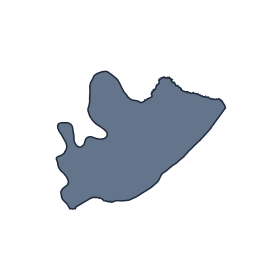 Tumana, Upper River, Gambia (Mercator projection), rotated 327°
{"feature_id": "56634734B54781332377439", "entity_name": "Tumana", "entity_type": "district", "adm_level": 2, "iso_a3": "GMB", "parent_name": "Gambia", "parent_adm1": "Upper River", "projection": "mercator", "projection_center": [-14.08, 13.369], "detail": "fine", "context": "isolated", "style": "filled", "palette": "slate", "viewbox_px": 256, "rotation_deg": 327, "n_neighbors": 0, "source": "geoboundaries", "source_scale": "gbopen_adm2", "svg_char_len": 5496}
<svg xmlns="http://www.w3.org/2000/svg" viewBox="0 0 256 256"><g transform="rotate(327 128 128)"><path d="M97.3,190.2L103.2,190.3L103.5,190.3L114.9,190.5L116.2,190.3L120.5,189.7L124.3,189.1L130.3,185.5L130.7,185.3L132.9,184.8L135.8,184.8L136.1,184.8L137.0,184.7L138.0,184.6L139.8,184.3L140.4,184.3L141.8,184.1L142.4,184.1L145.1,183.7L148.4,183.8L150.6,183.6L152.4,183.2L157.9,182.6L158.3,182.5L159.2,182.5L160.0,182.1L167.7,180.1L169.0,180.0L173.2,179.0L173.9,178.9L178.9,177.9L180.7,177.6L181.5,177.6L183.8,176.9L186.5,176.3L187.9,175.9L193.8,174.3L197.1,173.4L197.0,173.2L197.4,173.1L201.9,171.4L204.4,170.4L216.8,165.7L220.7,164.2L220.7,163.8L220.8,163.1L221.4,162.3L221.4,160.6L221.4,159.3L221.4,157.5L221.7,157.0L221.1,156.4L220.8,155.6L221.2,155.4L221.0,154.6L220.5,153.8L220.3,153.5L220.2,153.4L220.1,153.2L219.8,152.8L219.1,153.0L218.7,152.8L217.7,151.8L216.8,151.7L215.4,150.1L214.6,150.1L213.8,148.6L212.9,148.2L212.0,145.6L211.1,145.5L210.2,144.3L210.3,143.7L208.8,143.6L208.1,142.6L207.8,141.6L206.6,140.8L206.6,139.8L205.7,139.3L205.4,137.7L204.6,137.1L203.4,135.8L202.7,135.5L202.3,134.9L202.0,134.2L202.0,133.8L200.8,133.8L200.0,133.5L199.5,133.1L199.5,132.6L198.7,132.1L198.5,131.7L198.2,131.3L198.1,131.2L197.9,131.1L197.9,130.7L197.9,130.4L197.9,130.2L197.5,129.9L197.2,130.2L196.9,130.2L196.7,129.9L196.4,129.2L195.8,128.8L194.2,126.8L193.9,125.6L193.3,124.8L194.0,124.0L193.8,123.3L193.6,122.5L193.1,122.0L193.1,121.2L192.8,120.8L192.8,119.4L192.0,119.0L191.5,118.8L191.1,118.2L191.2,117.3L191.6,116.6L191.6,115.0L191.4,114.5L190.7,114.6L190.4,114.6L190.3,114.3L190.0,111.7L191.4,111.6L191.1,110.9L190.8,110.5L190.4,110.2L190.7,109.7L190.1,109.1L190.3,108.6L190.3,108.2L189.6,108.5L189.3,108.3L189.0,108.1L189.0,107.9L189.0,107.2L187.5,107.4L187.3,106.9L187.1,106.7L187.1,106.2L186.5,106.2L186.2,105.2L185.7,105.2L185.6,104.7L184.6,104.8L184.2,104.3L183.2,104.1L183.2,104.6L182.5,104.6L181.5,104.7L181.0,104.1L180.3,105.0L179.8,104.8L179.8,105.7L179.0,106.5L178.9,107.0L177.2,107.8L176.3,107.5L175.8,107.6L175.0,107.7L174.8,108.6L174.1,108.6L173.5,109.3L172.5,109.9L171.0,110.6L171.0,110.1L170.6,110.0L170.2,109.7L168.9,110.9L168.2,110.7L167.8,110.7L167.5,111.6L166.8,111.5L165.9,112.5L165.8,113.2L165.8,114.0L165.3,114.7L162.9,114.7L161.5,114.3L160.8,114.3L160.2,114.0L159.4,114.3L159.1,114.6L158.1,114.3L157.9,114.2L157.7,114.0L157.7,114.3L157.2,114.3L156.7,114.3L156.2,114.4L155.3,114.3L154.0,114.4L152.7,113.6L151.9,112.9L151.7,112.0L151.2,110.9L150.4,110.3L149.6,109.4L147.1,107.2L146.7,106.9L146.2,106.0L145.4,104.1L144.8,102.0L144.8,99.6L144.7,98.6L144.4,96.6L144.3,94.6L144.6,91.4L144.8,89.7L145.0,88.5L145.3,85.5L145.4,84.3L145.5,83.9L145.5,82.0L145.1,79.8L144.4,77.9L144.2,77.1L143.3,74.2L142.4,72.2L141.9,70.7L141.2,69.3L139.8,68.1L137.3,66.9L137.1,66.8L135.8,66.4L133.1,65.8L131.9,65.5L130.8,65.5L130.1,65.5L128.5,65.6L127.1,66.2L125.8,67.3L125.2,67.6L124.6,67.8L122.3,69.1L121.6,69.4L120.1,70.9L119.2,71.7L118.3,72.8L117.2,74.5L117.0,75.2L115.7,77.1L114.2,79.1L113.3,80.4L112.0,82.1L111.6,82.9L109.9,85.4L108.4,87.1L107.7,87.7L107.3,88.0L106.6,88.7L105.2,89.8L104.7,90.4L103.8,91.9L103.5,93.1L103.1,94.6L102.6,96.5L102.7,96.3L102.4,97.2L102.4,98.1L102.4,98.8L102.4,99.6L102.4,100.0L102.4,100.4L102.4,100.8L102.4,101.9L102.6,103.0L102.7,104.2L103.3,106.6L103.5,107.4L104.1,108.8L104.6,109.8L106.2,113.5L106.5,114.4L107.0,115.7L107.8,118.5L107.8,120.5L107.7,121.0L106.9,122.3L105.7,123.4L103.8,123.9L102.3,123.9L100.4,123.2L99.0,122.5L97.7,121.5L97.2,121.0L96.1,120.0L95.1,118.8L94.4,118.0L94.0,117.4L93.4,116.6L92.3,115.4L91.8,115.0L90.5,114.2L89.5,113.9L88.2,113.8L87.1,114.1L86.0,114.7L85.0,115.4L83.4,116.9L81.6,118.0L78.9,118.3L78.0,118.2L76.9,117.7L76.2,116.7L75.8,116.0L75.3,114.9L75.3,113.6L75.3,111.9L75.5,110.6L76.1,108.6L77.1,107.3L77.6,106.3L78.2,105.3L78.4,104.5L78.9,104.1L79.8,101.8L82.1,96.5L82.2,95.1L82.0,94.1L81.6,92.7L81.1,91.8L80.3,90.9L79.4,90.0L78.8,89.8L78.6,89.7L77.9,89.2L77.2,88.7L76.5,88.2L75.8,87.8L75.3,87.5L73.9,87.0L73.0,86.8L72.3,86.6L71.5,86.9L70.5,87.4L69.7,88.6L69.0,90.0L69.0,90.8L68.5,93.2L68.5,96.5L68.5,98.3L67.9,107.0L67.2,108.8L66.6,110.1L65.7,111.3L64.8,112.1L63.5,112.9L61.8,113.7L60.9,114.3L60.0,114.5L58.7,114.6L57.3,114.6L57.0,114.5L55.2,114.2L54.1,113.8L53.2,113.8L51.9,114.0L51.0,114.8L50.7,116.7L50.4,117.6L50.1,118.7L48.6,122.2L48.6,122.6L48.4,123.4L48.3,124.8L48.4,127.2L48.7,128.4L49.1,129.8L49.6,132.2L49.6,133.9L49.9,135.2L49.6,136.9L49.6,138.3L49.2,139.3L48.7,140.5L48.4,141.2L46.1,142.8L45.5,142.9L43.9,142.9L43.6,142.9L39.9,143.4L37.3,144.6L36.6,145.4L35.9,147.2L34.5,150.3L34.5,150.6L34.3,151.7L34.3,152.4L34.4,153.0L34.7,155.1L35.0,156.2L35.3,157.6L35.4,158.0L35.5,158.9L35.5,160.0L35.6,160.8L35.4,161.3L35.4,162.0L35.4,162.7L35.2,163.4L35.2,163.5L35.1,164.0L36.3,164.7L36.7,164.7L36.8,164.9L37.0,165.2L37.4,165.6L37.7,166.0L38.4,166.2L39.1,166.2L39.3,166.5L39.8,167.0L40.6,166.5L41.0,165.8L42.2,165.9L44.6,166.0L45.7,166.0L46.7,166.1L50.1,166.2L59.4,166.6L59.7,167.1L60.2,167.1L60.7,167.1L60.8,167.2L61.7,167.2L62.5,168.2L62.5,168.5L63.3,168.9L63.5,169.0L64.6,169.7L65.2,170.3L65.3,170.4L65.7,171.3L66.3,171.3L67.6,173.4L67.9,174.6L68.1,174.8L68.2,175.1L68.0,175.7L68.8,176.4L69.2,176.7L69.8,177.3L70.4,177.9L70.4,178.2L71.1,178.5L71.8,179.7L73.1,179.7L73.7,181.3L73.8,181.4L75.5,181.8L77.3,182.1L77.5,182.1L79.1,182.9L79.3,183.0L80.1,183.5L82.5,185.2L83.5,185.9L83.6,186.0L83.9,186.2L89.4,189.0L94.5,189.8L95.2,189.9L97.2,190.2L97.3,190.2Z" fill="#64748b" stroke="#1e293b" stroke-width="1.5"/></g></svg>